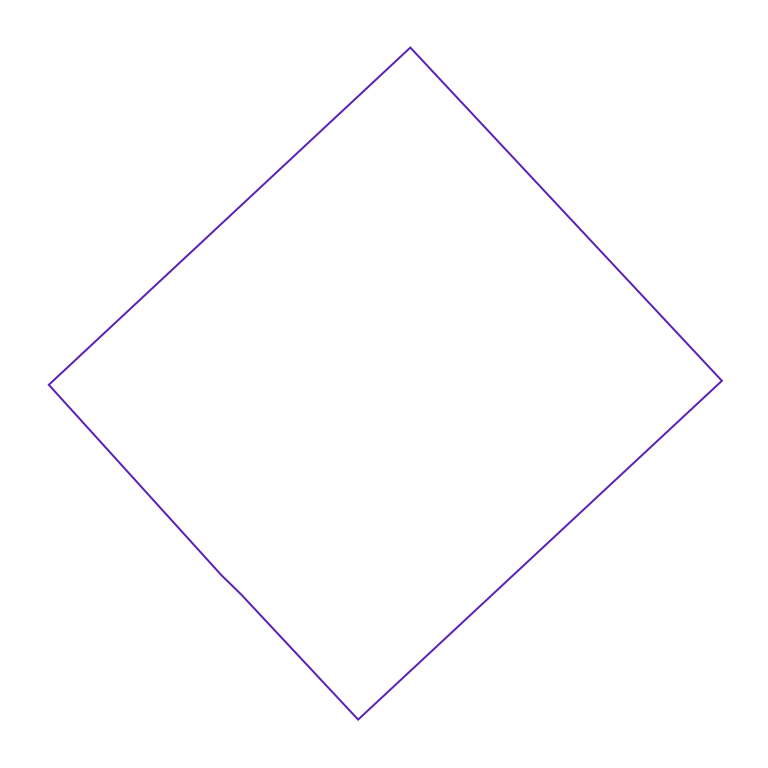 Logan, Nebraska, United States of America, rotated 317°
{"feature_id": "52423323B8121394527401", "entity_name": "Logan", "entity_type": "district", "adm_level": 2, "iso_a3": "USA", "parent_name": "United States of America", "parent_adm1": "Nebraska", "projection": "robinson", "projection_center": [-100.486, 41.567], "detail": "fine", "context": "isolated", "style": "outline", "palette": "violet", "viewbox_px": 768, "rotation_deg": 317, "n_neighbors": 0, "source": "geoboundaries", "source_scale": "gbopen_adm2", "svg_char_len": 262}
<svg xmlns="http://www.w3.org/2000/svg" viewBox="0 0 768 768"><g transform="rotate(317 384 384)"><path d="M617.4,155.9L138.3,156.0L134.7,412.7L136.0,440.7L136.2,611.8L633.3,612.1L632.7,155.9L617.4,155.9Z" fill="none" stroke="#5b21b6" stroke-width="2"/></g></svg>